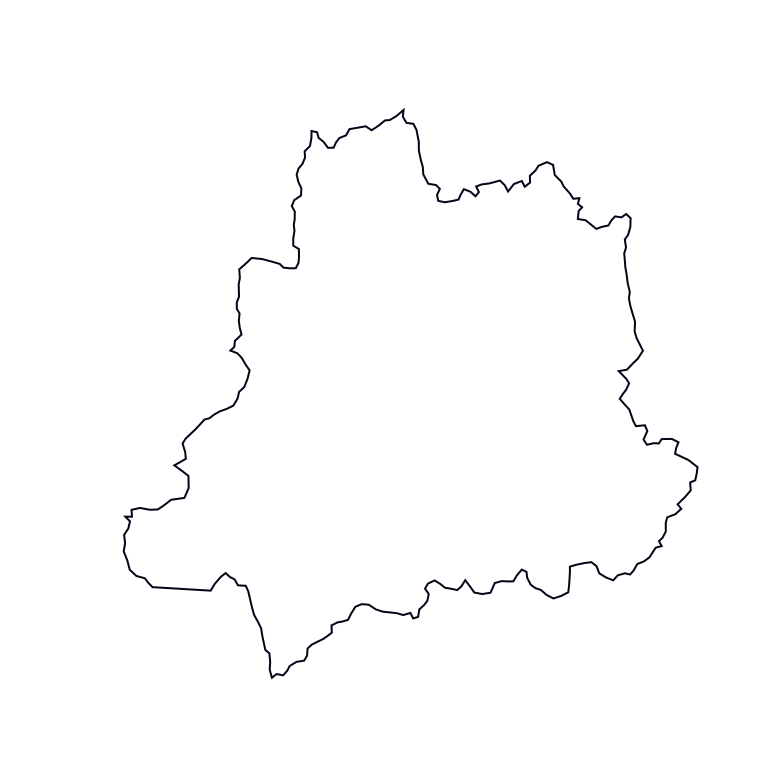 the district of Tijucas do Sul, Paraná, Brazil, rotated 348°
{"feature_id": "56859067B30138498988060", "entity_name": "Tijucas do Sul", "entity_type": "district", "adm_level": 2, "iso_a3": "BRA", "parent_name": "Brazil", "parent_adm1": "Paraná", "projection": "orthographic", "projection_center": [-49.109, -25.886], "detail": "fine", "context": "isolated", "style": "outline", "palette": "ink", "viewbox_px": 768, "rotation_deg": 348, "n_neighbors": 0, "source": "geoboundaries", "source_scale": "gbopen_adm2", "svg_char_len": 4001}
<svg xmlns="http://www.w3.org/2000/svg" viewBox="0 0 768 768"><g transform="rotate(348 384 384)"><path d="M213.3,648.0L218.7,645.4L224.7,648.0L229.8,644.3L233.1,640.2L240.5,637.6L248.4,638.0L252.2,633.8L254.3,626.8L259.2,623.9L266.2,622.1L271.8,620.7L276.7,618.6L281.2,616.4L282.5,609.2L289.1,607.5L294.1,607.7L299.8,607.2L303.9,602.0L309.6,596.0L316.3,594.7L323.2,596.7L329.2,602.8L335.6,606.5L342.1,608.6L348.8,610.8L354.8,614.0L362.2,613.4L363.8,619.4L368.9,618.9L371.8,611.7L377.2,608.6L381.3,605.1L384.1,598.7L381.6,592.7L385.4,588.4L392.7,586.7L397.8,591.6L401.2,595.9L407.7,598.5L412.8,600.8L417.6,598.0L422.7,592.8L426.0,599.9L429.0,606.8L436.5,609.9L444.8,610.3L451.0,601.7L458.3,601.3L464.2,602.9L469.5,603.9L474.3,598.7L480.2,594.2L484.3,597.4L483.8,603.5L485.8,610.8L489.7,615.2L494.6,618.0L499.0,624.0L505.2,629.0L513.2,628.1L520.9,626.1L523.0,620.0L524.8,613.8L526.6,607.2L527.9,601.3L534.9,600.8L542.9,600.8L549.8,601.4L554.0,606.3L555.2,614.0L561.1,619.5L567.4,623.7L572.8,619.8L580.3,619.2L585.0,621.5L589.1,618.6L594.4,612.7L601.3,611.6L607.7,608.7L612.0,604.3L615.7,600.6L621.9,600.3L620.3,594.9L624.5,592.3L629.0,586.8L630.7,578.5L633.3,573.3L642.0,571.9L648.8,567.9L646.2,562.7L654.9,557.2L661.9,551.8L663.0,544.0L668.4,542.9L671.2,536.7L673.4,530.5L666.0,521.7L660.6,517.6L654.2,512.8L656.5,507.3L659.9,502.2L654.2,497.6L644.2,495.6L640.5,499.3L635.7,498.0L628.6,498.1L626.3,492.3L631.8,484.8L630.6,478.6L621.7,477.6L620.2,472.5L618.6,459.9L614.5,452.9L611.5,447.5L615.5,443.5L619.6,440.0L623.9,434.3L622.1,429.4L616.3,420.2L624.6,420.5L632.8,414.9L637.6,412.0L644.2,405.3L640.6,391.5L640.1,384.7L642.5,375.2L641.7,365.7L641.2,359.1L641.3,351.3L643.6,345.1L643.3,336.5L644.1,327.3L644.3,320.3L645.4,312.1L646.1,306.2L649.1,300.9L649.6,292.7L653.9,288.7L657.6,281.6L659.7,273.0L656.2,268.1L650.9,270.4L644.9,268.1L640.5,271.2L636.4,275.6L629.3,275.6L624.0,276.5L615.2,265.7L607.9,262.9L610.3,255.4L614.5,252.3L611.1,248.2L613.7,242.8L607.7,242.2L605.2,235.8L600.8,228.1L599.5,222.9L594.5,215.1L594.9,204.8L589.6,200.9L580.6,202.6L576.4,206.8L570.0,210.6L568.7,217.4L562.7,220.3L561.0,214.1L552.7,215.4L545.4,221.5L543.4,214.6L539.7,209.1L528.7,209.7L521.1,209.1L515.2,210.0L516.7,216.0L512.5,219.4L508.5,213.9L502.6,210.0L498.3,214.8L495.3,219.1L488.8,219.2L481.3,218.9L475.1,216.1L475.2,210.0L479.2,204.8L476.2,200.2L468.9,197.3L466.0,187.0L467.1,179.6L466.6,172.6L466.6,163.1L468.4,154.3L468.6,142.2L466.8,135.6L460.2,133.2L458.0,126.4L460.1,120.0L452.1,124.4L444.6,127.0L439.7,126.4L432.6,130.1L424.7,133.2L419.7,128.1L410.2,127.8L403.2,127.5L398.6,132.9L391.6,134.1L387.4,137.6L383.8,142.4L378.3,141.3L375.3,134.7L371.2,129.6L370.9,123.8L365.7,121.5L364.2,128.1L361.1,135.8L354.8,139.9L353.8,146.2L349.9,151.9L345.1,155.6L342.1,161.1L342.2,168.1L343.8,175.5L342.0,182.4L334.4,185.5L330.8,190.8L332.6,196.8L330.9,204.2L328.8,209.7L328.3,215.4L325.4,223.1L324.0,229.8L328.8,234.3L327.2,242.5L325.5,247.8L321.8,252.4L316.1,251.3L309.9,249.3L307.0,244.9L299.6,240.9L290.7,236.4L280.7,233.2L275.2,236.7L266.2,241.8L265.1,250.2L262.6,256.2L260.3,268.6L256.9,273.7L255.7,280.0L257.4,285.0L255.1,292.1L254.6,299.2L254.9,306.0L247.1,310.9L245.3,316.6L240.7,319.4L246.9,323.4L250.3,328.9L252.8,336.6L255.4,342.7L251.6,350.5L246.7,357.9L240.6,361.6L237.8,367.7L232.2,373.8L224.7,375.7L217.8,376.6L211.5,378.6L206.1,381.2L201.0,381.4L195.8,385.2L189.6,389.5L178.7,396.1L174.6,400.3L175.4,409.3L174.6,416.0L162.0,420.0L168.1,426.7L173.6,433.3L171.3,445.2L165.1,453.9L151.6,453.0L143.9,456.8L136.7,459.7L128.7,458.3L119.6,454.5L110.9,454.6L109.9,461.4L103.4,460.0L107.0,465.5L103.9,472.1L98.4,477.6L97.7,485.8L94.6,493.7L96.2,503.1L96.7,512.8L101.9,520.3L109.7,524.3L112.2,529.6L115.4,534.6L171.5,550.1L176.8,544.4L184.3,538.7L189.8,536.0L193.1,540.7L197.2,544.0L199.3,550.6L206.8,552.6L208.1,558.3L208.4,573.9L208.9,582.7L211.5,591.3L213.0,597.5L212.6,605.4L212.6,613.6L212.6,619.3L215.9,623.6L214.9,632.2L212.8,639.7L213.3,648.0Z" fill="none" stroke="#020617" stroke-width="2"/></g></svg>